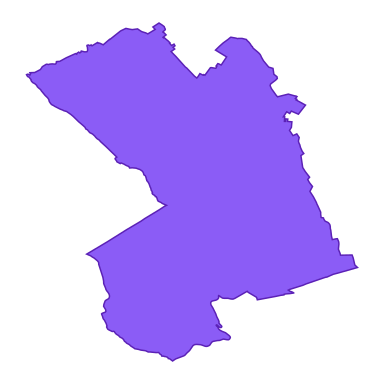 outline of Sendriceni, Botosani, Romania
{"feature_id": "2599482B21165352154919", "entity_name": "Sendriceni", "entity_type": "district", "adm_level": 2, "iso_a3": "ROU", "parent_name": "Romania", "parent_adm1": "Botosani", "projection": "robinson", "projection_center": [26.329, 47.938], "detail": "fine", "context": "isolated", "style": "filled", "palette": "violet", "viewbox_px": 384, "rotation_deg": 0, "n_neighbors": 0, "source": "geoboundaries", "source_scale": "gbopen_adm2", "svg_char_len": 5856}
<svg xmlns="http://www.w3.org/2000/svg" viewBox="0 0 384 384"><path d="M172.6,361.0L175.7,358.9L183.7,355.9L184.8,355.3L187.2,352.7L188.6,351.5L189.7,350.4L193.0,345.6L194.6,344.6L196.7,344.4L200.6,344.7L201.7,345.0L205.3,346.3L206.9,346.4L208.7,345.8L209.8,345.1L211.6,342.4L212.5,341.7L213.1,341.4L217.1,340.6L219.8,340.4L222.7,339.3L223.6,339.1L226.8,339.7L228.4,339.8L229.2,339.4L229.8,338.7L230.3,337.7L230.3,337.2L230.0,336.5L229.2,335.6L225.5,332.7L222.2,331.4L219.9,330.2L218.6,328.9L217.6,326.8L216.5,325.9L216.2,325.4L216.3,325.0L216.4,324.9L217.1,325.0L219.3,327.1L220.1,327.5L221.1,327.5L221.6,327.1L221.8,326.7L221.7,326.2L221.5,325.9L219.1,323.4L219.0,322.8L219.0,321.5L218.6,320.4L216.7,316.6L215.8,313.9L212.9,308.0L211.0,304.9L210.7,303.3L210.8,302.3L211.1,301.9L212.2,301.0L215.8,300.2L216.9,299.7L217.8,299.1L218.7,297.8L218.5,296.0L218.6,295.6L219.3,295.8L221.3,297.4L222.6,298.1L224.2,298.3L228.0,298.3L231.0,299.0L233.0,299.1L234.8,298.4L247.2,291.3L248.1,292.3L256.1,297.0L256.7,297.7L257.3,299.8L275.7,296.4L280.9,295.3L283.3,295.0L284.1,294.8L284.1,294.3L285.9,293.9L289.9,293.6L293.7,293.0L293.7,292.8L292.0,291.9L289.9,291.2L288.3,290.1L289.7,289.4L303.1,285.2L306.1,283.9L323.9,277.8L325.8,277.2L326.9,277.1L333.2,274.3L337.8,273.1L357.5,267.5L354.8,264.9L353.2,258.0L352.1,255.0L340.5,255.2L340.1,253.5L338.4,249.2L338.9,244.1L338.8,242.7L338.6,241.5L337.4,238.7L336.2,238.8L332.3,239.6L331.5,236.2L330.8,230.4L330.3,228.3L330.3,226.9L330.0,225.1L329.5,224.1L328.4,222.8L327.7,222.3L325.2,221.2L323.8,219.2L323.5,218.0L323.2,217.8L321.3,217.6L321.1,217.4L320.7,214.3L320.7,212.2L317.8,205.8L316.8,203.8L316.5,202.8L315.6,201.0L313.4,196.8L309.9,191.4L312.5,186.5L309.5,182.7L307.7,179.5L309.6,177.2L305.2,171.5L302.7,167.5L300.9,155.6L303.8,153.5L302.2,151.3L300.5,147.5L299.8,144.8L299.1,143.4L298.5,141.6L298.5,140.6L299.2,137.5L296.8,133.9L293.0,135.6L289.5,130.4L291.4,127.4L291.9,121.8L287.4,121.4L287.8,119.1L285.6,118.9L285.4,121.4L284.4,121.4L284.7,116.8L283.4,116.8L286.7,111.8L289.7,113.5L291.3,111.1L298.4,114.2L305.5,105.1L296.2,100.0L296.8,99.3L295.4,98.5L297.0,96.6L295.9,96.0L294.8,95.9L288.3,94.1L277.5,96.8L276.2,95.3L271.4,88.6L270.1,85.6L270.6,84.0L275.7,80.1L277.3,78.5L277.0,76.7L273.9,74.3L273.0,68.4L268.7,67.1L263.5,60.8L261.4,57.1L260.8,55.7L260.2,54.6L259.1,53.3L257.8,52.1L253.3,48.3L252.7,47.5L252.4,46.7L251.4,45.8L250.4,44.1L248.8,42.1L247.0,40.4L246.4,39.5L242.0,38.4L238.5,38.4L237.6,38.6L235.9,38.1L230.8,37.2L229.7,38.0L228.2,39.3L223.1,43.0L219.4,46.3L215.5,50.1L226.6,56.9L221.3,64.9L221.1,65.0L218.6,63.8L217.8,63.6L216.1,66.0L216.8,66.3L216.0,68.1L215.6,68.3L211.4,67.6L210.4,67.7L204.9,75.2L203.8,74.6L203.4,75.2L203.2,75.2L199.9,73.6L197.8,76.9L196.8,78.0L194.5,76.2L186.7,68.0L185.4,67.1L176.0,56.6L171.1,51.6L174.7,49.0L173.0,47.2L175.0,45.8L174.0,44.1L171.6,45.5L169.6,43.3L170.0,42.9L168.2,41.0L166.0,39.2L164.0,37.4L163.5,37.8L163.0,37.3L166.1,34.9L164.3,33.0L162.9,32.1L162.9,31.9L165.2,29.8L165.3,29.5L165.2,28.9L164.6,27.8L164.2,26.6L162.1,25.0L159.0,23.0L152.9,27.0L155.2,29.4L147.8,33.9L145.8,32.9L141.9,31.7L140.5,30.9L137.6,28.9L132.3,29.6L129.7,29.2L125.9,28.4L121.0,30.7L120.0,31.4L109.8,39.5L109.6,39.3L103.2,44.8L100.0,43.3L98.5,42.9L98.1,43.2L97.5,42.5L92.0,45.8L91.1,44.9L90.8,45.3L89.4,45.6L88.6,45.0L87.3,45.2L87.0,45.4L86.9,45.9L87.5,47.7L87.5,48.9L87.7,49.7L87.5,50.7L87.0,51.7L84.8,51.9L80.7,50.9L81.5,51.6L79.8,52.9L78.7,52.1L77.0,53.3L76.7,54.2L76.3,54.0L75.9,53.6L75.5,53.6L66.2,57.8L60.0,61.2L59.5,61.4L56.8,61.5L56.3,61.9L56.5,62.5L56.2,62.8L56.1,63.4L55.6,64.0L54.8,64.1L52.2,63.9L49.8,64.1L48.7,64.5L46.8,64.2L46.2,64.3L42.3,66.7L41.3,68.3L40.3,69.6L35.9,71.9L34.7,72.5L29.9,72.7L30.1,73.2L30.6,73.8L29.9,75.1L29.1,74.6L28.1,74.2L27.4,74.2L26.5,74.7L27.3,76.1L28.0,76.8L29.0,77.1L30.4,78.9L31.0,79.5L31.0,80.3L31.6,81.4L32.9,82.7L34.7,83.6L36.6,85.3L37.3,86.7L38.5,87.9L40.6,89.6L41.3,90.8L45.1,95.4L47.6,97.8L48.7,99.4L49.3,101.6L50.8,103.8L52.2,105.0L53.1,105.3L54.8,106.4L60.3,109.2L62.5,110.0L63.8,110.7L66.6,111.5L70.8,114.4L73.3,116.5L78.7,121.8L83.2,125.6L85.1,127.4L85.7,128.9L87.4,129.8L89.7,132.6L92.5,134.0L94.7,136.0L95.7,137.3L97.1,138.7L99.4,140.2L100.4,141.5L106.0,146.6L116.8,157.1L115.1,158.4L115.1,158.8L115.5,159.6L116.4,160.6L116.9,161.8L120.2,163.6L120.7,163.1L121.2,163.0L123.7,164.0L126.3,165.5L128.6,166.4L128.9,166.7L129.6,168.0L132.2,167.8L136.3,168.2L137.4,168.7L139.9,169.5L142.1,171.0L143.1,172.3L143.5,173.3L143.8,174.4L144.1,175.0L145.2,175.6L145.5,176.1L146.2,178.0L146.3,179.0L146.7,179.7L146.8,180.6L148.2,182.3L149.0,183.7L150.3,187.4L150.7,188.0L151.3,190.5L151.9,191.1L152.5,192.8L152.1,193.1L152.5,193.9L152.8,194.3L154.9,195.6L155.3,196.6L156.3,196.8L157.2,198.7L157.4,199.8L158.2,201.2L160.8,202.4L161.5,202.8L162.1,203.4L166.5,205.3L164.4,206.4L159.2,209.8L144.7,218.6L141.1,221.1L126.6,229.7L107.5,241.7L86.7,254.1L88.7,255.0L90.5,255.7L92.3,257.0L94.2,258.1L97.5,260.9L98.4,262.1L98.7,262.8L98.7,264.2L102.9,277.3L103.6,281.0L103.7,283.5L104.0,284.4L105.5,287.9L106.0,289.6L107.0,291.2L107.8,292.1L108.9,293.8L109.4,295.2L109.5,296.5L109.3,297.4L108.7,298.6L105.8,300.3L105.1,301.0L103.9,304.3L103.6,306.3L105.6,309.6L105.9,311.2L105.7,311.7L105.1,312.2L102.2,313.3L101.6,313.8L101.7,314.4L102.4,316.0L103.2,318.7L104.5,320.3L106.3,323.8L106.5,324.6L106.9,325.7L106.9,326.1L106.6,327.0L107.7,329.1L108.7,329.8L112.0,331.4L112.8,331.5L113.6,331.3L114.3,331.6L115.2,333.0L116.3,334.2L118.6,335.6L119.8,337.0L122.3,338.3L123.5,339.5L124.5,341.3L125.8,342.2L126.5,343.1L129.3,344.6L130.9,346.1L133.6,347.8L134.9,348.8L135.8,348.9L138.5,349.4L140.9,350.1L145.3,350.7L145.9,350.9L148.2,352.0L150.1,352.0L156.2,352.6L158.7,352.5L159.9,354.0L161.2,354.8L161.8,356.1L163.9,356.2L164.3,356.5L165.6,356.6L167.1,357.1L168.0,357.8L168.3,358.6L169.5,358.7L172.6,361.0Z" fill="#8b5cf6" stroke="#5b21b6" stroke-width="1.5"/></svg>